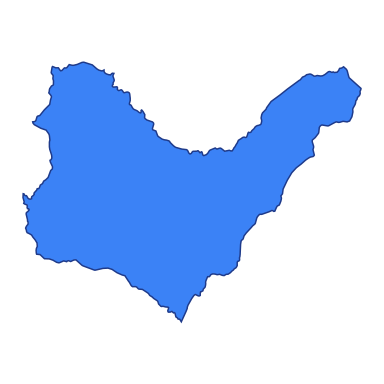 outline of Soibada, Manatuto, East Timor
{"feature_id": "22284137B69618697341021", "entity_name": "Soibada", "entity_type": "district", "adm_level": 2, "iso_a3": "TLS", "parent_name": "East Timor", "parent_adm1": "Manatuto", "projection": "natural_earth1", "projection_center": [125.93, -8.852], "detail": "fine", "context": "isolated", "style": "filled", "palette": "blue", "viewbox_px": 384, "rotation_deg": 0, "n_neighbors": 0, "source": "geoboundaries", "source_scale": "gbopen_adm2", "svg_char_len": 5868}
<svg xmlns="http://www.w3.org/2000/svg" viewBox="0 0 384 384"><path d="M343.6,66.8L341.9,67.9L340.9,68.3L340.0,68.2L339.1,69.2L338.8,70.3L337.2,72.2L334.3,72.5L333.1,71.9L332.4,72.3L331.5,72.3L330.4,71.7L329.2,71.5L328.2,71.9L325.1,74.4L322.8,75.7L321.8,75.9L320.4,76.0L317.2,75.5L315.0,76.2L313.9,76.0L311.4,74.4L310.0,74.0L306.6,74.7L304.9,76.1L302.5,77.1L300.3,79.8L299.2,80.4L287.5,89.0L280.1,94.9L271.1,101.5L266.7,107.6L266.0,109.3L262.5,112.9L261.7,114.7L261.1,118.0L261.7,120.5L261.6,121.7L261.1,123.8L260.5,124.6L258.7,125.3L257.2,125.6L256.1,126.2L255.1,127.0L254.0,128.7L251.9,130.6L250.9,132.2L249.8,132.6L248.5,132.3L247.9,133.2L247.7,134.2L246.7,136.9L246.1,137.4L245.4,137.5L244.2,137.1L243.5,137.2L242.6,137.5L241.3,138.5L238.4,140.3L237.2,143.0L236.1,144.6L235.0,146.7L233.8,148.1L233.3,149.3L232.1,150.9L230.8,150.9L229.3,150.3L224.7,151.2L221.3,148.5L220.3,148.1L219.1,148.3L217.3,149.0L216.5,148.9L215.2,148.0L210.1,150.1L209.3,150.8L207.6,153.5L206.2,154.7L203.8,155.6L202.8,154.9L202.0,152.1L201.4,151.8L200.0,152.7L198.2,150.8L197.5,150.8L196.8,151.2L193.1,151.3L192.4,151.7L191.3,153.4L190.0,154.0L188.8,153.0L188.0,151.2L187.4,150.2L186.4,149.6L181.9,149.1L175.8,147.4L174.8,146.8L173.4,145.7L170.2,142.5L169.6,141.4L168.8,140.8L166.5,140.1L164.3,139.8L162.1,139.1L158.1,136.4L157.5,135.4L155.9,131.0L152.8,129.8L152.5,129.1L152.5,128.3L153.7,124.3L153.6,123.2L153.2,122.6L152.4,121.9L146.9,120.0L145.1,118.6L144.6,117.7L144.8,114.6L143.0,111.5L141.7,110.0L141.1,110.4L141.1,112.3L140.7,112.9L139.3,112.6L137.0,110.7L134.0,109.4L133.2,108.8L132.1,107.2L131.3,105.6L130.7,104.9L129.8,104.7L129.4,104.2L129.4,103.4L130.2,100.6L130.2,98.2L129.7,93.9L129.3,92.9L128.2,92.2L127.1,92.0L124.3,92.7L123.6,92.5L122.4,90.7L121.6,89.9L121.0,89.8L118.9,90.6L118.2,90.3L117.3,89.4L117.5,87.9L117.3,87.1L116.6,86.8L113.6,87.1L112.7,86.7L112.3,86.1L112.5,85.0L113.1,84.5L113.1,82.8L114.1,80.9L114.2,80.0L113.9,78.9L113.0,76.3L113.0,75.5L113.9,73.4L112.5,73.2L111.7,73.6L110.5,74.9L108.7,74.7L106.3,73.9L104.9,72.9L104.1,71.7L104.0,70.0L102.5,70.8L101.6,70.9L98.8,70.1L96.9,68.9L92.3,64.9L83.8,62.2L82.0,62.4L77.3,64.4L73.7,65.3L72.2,65.3L69.2,64.6L66.8,67.7L65.8,68.0L64.4,67.9L61.9,70.5L60.7,70.8L59.8,69.9L58.4,67.8L55.7,67.8L52.6,66.5L52.1,67.1L51.2,72.5L51.5,73.4L52.8,75.0L53.2,75.8L52.9,78.2L53.0,79.2L53.5,80.7L53.4,84.6L53.0,85.2L51.5,86.0L49.7,88.6L49.4,89.7L49.2,91.5L48.8,92.9L50.6,95.0L51.4,96.3L51.4,97.2L50.5,100.0L49.7,104.5L44.4,109.8L39.8,115.5L37.5,116.2L37.0,116.8L35.9,120.4L35.5,121.0L34.5,121.6L32.7,121.8L33.0,123.1L34.3,124.7L40.9,128.3L46.1,130.1L48.4,133.3L49.1,134.5L49.4,135.7L49.9,140.2L49.6,140.9L49.4,142.3L49.4,146.9L49.8,149.5L51.6,155.1L51.8,156.8L51.8,158.1L51.3,159.3L50.8,159.9L50.0,160.3L50.3,161.9L52.3,166.2L52.5,167.0L52.3,169.0L50.7,170.5L48.1,177.5L45.7,179.8L43.7,181.1L42.5,183.6L40.3,185.1L39.5,187.5L38.7,188.6L37.2,188.7L36.7,190.1L34.3,192.7L34.0,193.4L34.2,194.3L33.3,195.5L31.8,196.6L31.5,197.5L31.6,198.7L30.1,199.2L28.8,198.8L27.8,198.0L27.4,197.1L26.5,195.7L25.5,195.7L24.4,195.0L24.0,193.9L23.2,193.7L23.0,197.6L24.2,201.9L23.7,203.4L25.0,204.2L26.9,204.9L27.3,205.8L27.1,207.5L27.5,208.7L28.6,208.8L29.1,209.9L28.0,211.4L26.8,212.3L26.2,213.1L26.2,214.3L27.5,219.8L27.5,221.2L28.0,221.8L28.1,223.1L28.0,224.2L26.4,226.3L25.6,228.1L26.3,230.0L26.6,231.6L27.2,232.7L29.2,233.6L31.6,235.0L32.8,237.0L35.1,239.8L37.0,242.9L37.3,246.4L36.4,248.4L36.1,250.4L36.3,253.0L36.6,254.2L40.1,254.6L44.4,258.7L49.3,258.9L53.0,260.2L56.6,262.3L58.7,262.8L59.5,262.7L63.7,260.9L66.7,261.7L67.1,261.1L68.6,260.7L70.7,261.5L73.7,260.1L74.9,259.9L76.0,259.9L82.0,265.3L83.1,265.9L94.4,270.1L95.5,270.1L102.9,268.4L108.0,268.1L112.1,269.4L117.0,272.7L122.2,275.0L124.9,275.7L128.7,281.5L129.4,282.3L130.9,285.1L131.7,286.1L132.7,286.7L135.3,286.6L136.6,287.0L138.2,288.7L138.9,289.1L142.4,289.4L147.7,292.9L148.6,293.7L149.7,295.4L152.1,296.9L153.8,298.5L157.3,300.8L157.8,301.4L158.6,304.0L160.9,306.3L161.6,306.5L162.8,306.3L164.0,306.5L165.3,306.9L168.1,307.2L168.6,307.7L168.3,309.2L167.8,310.5L167.9,311.4L168.3,312.1L170.2,312.1L171.9,311.4L173.5,312.9L174.2,312.6L175.0,313.2L175.9,316.9L177.4,317.9L178.1,319.1L179.7,319.2L181.3,321.8L186.0,311.5L187.2,308.5L187.3,307.2L188.0,305.2L191.7,298.6L193.8,295.6L194.7,294.8L195.4,294.5L198.1,295.8L199.1,296.0L200.2,295.5L200.3,293.0L200.6,291.8L201.3,291.7L202.9,290.8L203.3,289.1L205.0,287.3L205.3,286.3L205.6,284.9L205.7,283.7L205.6,282.2L205.9,280.8L207.6,276.7L209.2,276.7L209.9,276.1L210.7,274.8L211.6,274.3L212.8,273.9L215.2,274.1L217.1,274.7L219.7,274.3L221.9,275.2L223.1,275.5L224.4,275.5L225.8,274.5L226.5,274.3L228.1,274.2L230.4,272.7L232.0,271.0L233.4,270.0L234.3,268.8L235.8,267.9L236.5,267.0L237.2,265.6L237.2,262.2L237.8,261.3L238.6,261.1L239.2,260.7L239.6,260.0L239.5,257.8L239.9,256.5L240.1,254.6L240.6,244.2L241.1,241.1L241.6,240.2L242.7,239.5L243.2,238.7L244.1,235.8L246.3,232.9L251.2,227.6L252.6,225.9L254.7,224.2L255.3,223.4L256.8,217.9L257.6,216.5L259.4,214.5L260.1,214.3L261.8,214.3L269.0,211.8L271.9,210.5L272.8,210.7L273.8,211.4L274.8,211.2L276.5,207.3L277.3,206.0L279.3,205.0L280.1,203.1L280.9,201.0L281.4,198.6L281.4,197.9L280.9,195.9L282.5,193.8L283.1,189.1L287.3,180.2L291.8,172.7L296.4,167.7L301.1,164.1L305.6,160.1L308.5,158.1L310.3,157.1L313.1,156.5L313.9,155.8L314.3,155.1L313.0,149.7L313.6,147.5L313.6,146.2L312.3,142.0L312.2,140.7L312.4,140.0L315.2,137.6L318.5,133.3L318.8,132.1L319.3,127.5L320.0,126.3L321.1,125.3L322.0,125.0L327.5,125.9L328.6,125.8L333.6,123.1L335.6,122.1L336.6,121.9L338.4,122.4L339.7,122.3L343.1,121.3L347.1,121.9L349.6,121.0L351.9,116.8L352.9,112.0L352.7,109.2L353.1,108.1L355.1,104.5L355.5,103.2L355.9,100.7L356.9,99.6L357.5,97.4L359.4,95.6L359.9,94.5L360.2,93.5L360.0,91.4L360.8,89.7L361.0,88.4L349.2,77.8L348.7,76.5L347.2,70.8L346.4,69.3L343.6,66.8Z" fill="#3b82f6" stroke="#1e3a8a" stroke-width="1.5"/></svg>